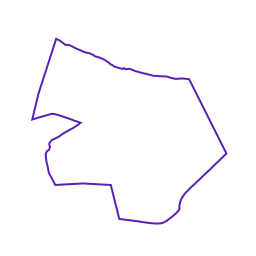 outline of Bruceville/Shanty Town, Vieux Fort, Saint Lucia, rotated 261°
{"feature_id": "8701671B31536824051324", "entity_name": "Bruceville/Shanty Town", "entity_type": "district", "adm_level": 2, "iso_a3": "LCA", "parent_name": "Saint Lucia", "parent_adm1": "Vieux Fort", "projection": "robinson", "projection_center": [-60.948, 13.726], "detail": "fine", "context": "isolated", "style": "outline", "palette": "violet", "viewbox_px": 256, "rotation_deg": 261, "n_neighbors": 0, "source": "geoboundaries", "source_scale": "gbopen_adm2", "svg_char_len": 2888}
<svg xmlns="http://www.w3.org/2000/svg" viewBox="0 0 256 256"><g transform="rotate(261 128 128)"><path d="M33.7,124.9L30.9,133.9L29.5,139.5L29.2,141.3L29.0,142.6L28.8,144.4L28.7,145.5L28.7,146.6L28.9,147.5L29.3,149.1L29.8,150.4L30.5,152.1L31.5,154.0L32.7,156.2L34.3,159.0L36.4,162.3L38.3,164.7L39.6,166.0L43.7,166.7L44.8,167.3L46.4,167.8L47.8,168.5L48.9,169.2L50.0,170.0L50.9,170.7L51.6,171.4L52.4,172.1L53.3,172.9L54.3,173.9L55.1,174.9L56.0,176.2L56.8,177.3L57.8,178.6L58.3,179.3L59.4,180.7L60.0,181.6L60.8,182.9L61.6,184.1L62.4,185.3L63.3,186.4L64.6,188.4L65.6,190.1L66.9,191.9L67.8,193.1L69.1,194.9L72.8,200.4L74.4,202.9L75.9,204.9L77.1,206.5L78.7,208.8L79.8,210.5L81.1,212.3L83.2,215.2L84.8,217.5L86.2,219.5L87.4,221.2L166.7,196.0L167.1,194.3L168.0,191.2L168.5,189.0L168.7,187.2L168.7,185.8L169.0,183.2L169.6,181.2L169.9,180.3L170.9,178.1L172.0,175.9L172.9,174.0L173.0,173.6L173.2,172.2L173.4,171.2L173.6,170.9L173.7,169.9L174.1,167.6L174.8,165.1L175.1,163.8L175.5,161.8L175.7,161.2L176.0,160.4L176.9,158.5L177.7,156.5L178.2,155.3L178.7,154.4L179.1,153.1L179.6,151.8L179.9,151.2L180.2,150.6L180.5,149.7L180.8,149.1L181.2,148.4L181.9,146.7L182.6,145.3L183.1,143.9L183.8,143.0L184.8,141.4L185.2,140.6L185.6,139.9L186.1,138.9L186.3,138.1L186.4,137.0L186.4,135.6L186.6,134.8L186.8,134.3L187.2,134.1L187.4,133.7L187.7,133.3L187.4,132.5L187.2,131.7L187.5,130.9L188.0,130.2L188.2,129.6L188.6,128.5L189.3,127.0L190.1,125.7L190.3,125.1L190.7,124.4L191.1,123.9L192.4,122.6L192.7,122.2L193.6,120.8L195.1,119.6L195.7,119.2L196.4,118.3L197.1,117.6L198.2,116.6L199.2,115.1L200.2,114.0L201.5,111.6L202.3,110.4L202.9,109.0L203.3,108.1L203.6,107.3L203.8,106.8L204.3,106.3L205.4,105.2L206.1,104.7L206.3,103.8L206.5,103.5L207.1,102.9L207.6,102.2L208.5,100.2L208.9,98.8L209.2,98.2L210.1,96.3L211.5,94.2L212.3,93.0L213.0,91.8L214.1,89.9L214.6,89.2L215.8,87.5L217.6,85.2L218.8,83.5L219.6,81.3L219.8,80.5L220.0,79.0L220.6,78.5L222.7,76.6L224.1,75.2L225.6,73.6L227.3,71.0L175.6,44.8L151.4,34.8L152.3,41.5L152.5,43.3L152.9,46.4L153.3,49.5L153.6,52.3L153.9,53.7L153.9,54.3L153.6,56.6L152.3,59.9L152.0,60.6L148.7,67.0L145.5,72.9L143.4,76.7L141.9,79.6L140.6,82.0L140.4,81.6L139.4,80.0L138.8,78.7L137.6,76.1L136.8,74.2L136.2,72.8L136.0,71.9L135.7,71.1L135.0,69.3L134.7,68.5L134.5,68.0L134.2,67.3L134.0,66.6L133.4,65.1L133.3,64.5L132.9,63.6L132.3,62.1L131.3,60.5L129.8,57.0L129.5,55.9L129.4,55.6L129.2,54.9L128.9,54.1L128.8,53.5L128.6,52.5L128.0,51.2L127.7,50.6L126.7,49.5L125.7,48.3L125.2,48.0L124.9,47.8L124.0,47.6L123.4,47.7L122.5,47.9L121.8,48.0L121.1,47.8L120.7,47.6L120.3,47.4L119.1,46.8L118.5,46.3L118.4,45.9L118.2,45.2L118.0,44.7L117.5,44.1L117.2,43.9L116.8,43.6L116.6,43.5L115.8,43.0L114.6,42.5L112.3,42.4L106.5,42.2L103.0,42.6L101.8,42.6L96.2,42.8L83.1,47.3L80.3,74.7L74.4,102.1L40.2,105.1L39.6,105.1L39.4,105.9L39.1,106.7L34.4,122.9L33.7,124.9Z" fill="none" stroke="#5b21b6" stroke-width="2"/></g></svg>